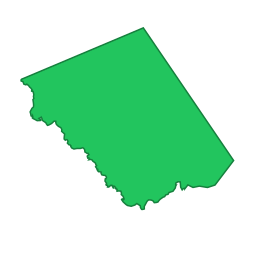 Tyler, Texas, United States of America, rotated 157°
{"feature_id": "52423323B76755657103328", "entity_name": "Tyler", "entity_type": "district", "adm_level": 2, "iso_a3": "USA", "parent_name": "United States of America", "parent_adm1": "Texas", "projection": "mercator", "projection_center": [-94.213, 30.792], "detail": "fine", "context": "isolated", "style": "filled", "palette": "green", "viewbox_px": 256, "rotation_deg": 157, "n_neighbors": 0, "source": "geoboundaries", "source_scale": "gbopen_adm2", "svg_char_len": 2439}
<svg xmlns="http://www.w3.org/2000/svg" viewBox="0 0 256 256"><g transform="rotate(157 128 128)"><path d="M70.2,41.5L43.5,56.8L74.8,214.2L206.9,214.5L207.7,214.0L208.0,213.0L206.6,211.8L206.7,209.0L205.1,207.6L204.0,207.9L202.9,205.8L202.6,204.3L201.7,202.3L201.3,200.4L201.9,200.4L202.3,199.6L201.1,198.4L201.7,195.5L202.8,193.8L203.1,192.0L204.4,191.3L205.3,187.9L206.0,185.8L206.9,184.2L208.6,183.7L210.7,182.0L211.7,181.2L211.9,180.6L212.0,179.3L212.5,177.0L211.4,176.0L211.2,176.4L211.1,176.5L211.4,175.0L212.1,174.7L211.6,173.7L210.3,172.2L208.8,170.3L206.8,169.5L205.5,169.1L205.2,169.7L205.8,170.7L206.3,171.7L205.5,171.7L204.1,171.6L203.7,171.9L203.5,170.5L203.8,168.4L201.6,165.0L201.5,163.5L201.1,161.9L199.8,161.7L196.5,162.0L193.3,163.2L191.8,162.4L192.4,161.1L192.5,159.2L191.4,156.7L189.7,154.6L189.5,152.6L190.4,150.8L188.7,147.3L190.4,144.3L191.1,142.8L190.5,141.3L189.8,141.5L188.6,141.0L188.4,139.2L189.7,137.8L188.9,135.6L188.0,135.1L187.5,133.9L187.9,133.3L187.6,131.6L186.0,129.8L182.9,129.1L179.9,127.8L177.3,127.5L176.6,126.2L176.4,124.9L177.0,122.7L176.6,122.3L175.5,120.5L174.6,120.3L174.4,118.7L176.2,118.3L176.6,117.7L176.8,116.0L175.8,115.8L175.8,114.5L176.4,114.1L174.9,113.8L173.5,112.6L173.4,111.4L171.7,108.4L171.9,106.7L171.6,105.7L173.0,105.0L172.6,103.3L172.7,102.2L172.0,101.9L172.2,101.1L172.7,100.8L172.2,99.3L171.1,98.8L170.0,97.9L170.5,96.7L170.4,95.1L168.9,94.0L167.5,93.2L167.0,91.8L167.2,90.8L168.3,89.8L168.7,90.1L169.4,89.1L169.9,88.0L169.3,85.6L170.4,84.4L170.3,83.7L169.6,83.6L169.3,82.4L169.9,81.7L169.2,81.3L168.0,81.3L166.5,82.0L165.2,81.6L165.2,80.6L165.0,78.9L164.9,77.9L164.4,79.3L164.1,80.2L163.2,79.6L162.9,78.6L162.7,77.6L163.2,77.3L162.8,76.5L162.3,76.5L162.0,75.8L162.5,75.0L162.8,74.1L161.4,73.8L159.3,72.7L159.4,70.7L160.2,69.4L159.2,67.1L159.3,64.3L159.6,63.8L160.0,63.7L160.3,64.7L161.2,65.0L161.9,64.6L161.3,61.8L159.8,58.5L158.8,56.9L155.6,54.7L151.7,54.4L149.4,55.0L147.1,51.7L147.6,49.9L147.3,47.8L146.3,47.3L144.6,47.1L143.7,49.4L139.1,53.1L137.1,53.8L134.8,52.6L133.5,51.3L133.0,49.0L131.2,48.4L129.3,48.2L128.1,49.0L126.4,49.8L122.8,50.6L121.1,50.5L119.3,51.7L117.1,51.3L115.5,52.6L111.3,52.2L107.9,54.3L106.9,55.8L106.2,56.4L106.3,56.4L106.3,57.1L105.5,58.6L103.1,59.0L101.0,58.0L101.4,56.7L102.6,53.0L102.3,49.9L101.1,50.5L99.7,50.5L99.1,50.3L99.3,49.9L95.1,52.2L91.4,47.9L85.0,46.6L78.1,42.2L70.2,41.5Z" fill="#22c55e" stroke="#15803d" stroke-width="1.5"/></g></svg>